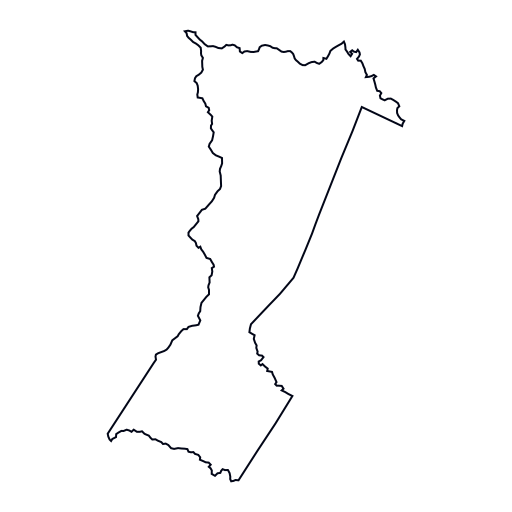 Pequizeiro, Tocantins, Brazil (Mercator projection)
{"feature_id": "56859067B87843438844420", "entity_name": "Pequizeiro", "entity_type": "district", "adm_level": 2, "iso_a3": "BRA", "parent_name": "Brazil", "parent_adm1": "Tocantins", "projection": "mercator", "projection_center": [-48.925, -8.4], "detail": "fine", "context": "isolated", "style": "outline", "palette": "ink", "viewbox_px": 512, "rotation_deg": 0, "n_neighbors": 0, "source": "geoboundaries", "source_scale": "gbopen_adm2", "svg_char_len": 4387}
<svg xmlns="http://www.w3.org/2000/svg" viewBox="0 0 512 512"><path d="M343.9,41.6L341.6,43.7L338.6,45.3L335.8,46.9L333.2,48.5L330.4,50.9L329.4,53.6L328.0,56.2L326.4,58.8L323.4,58.0L323.3,60.2L321.6,62.1L319.2,63.8L316.9,63.0L314.6,61.7L311.5,62.1L308.7,63.2L305.2,65.2L302.6,65.1L299.9,63.7L297.6,61.5L296.0,60.2L294.7,58.5L294.0,56.2L293.2,54.0L291.9,52.5L290.2,51.1L287.9,51.1L285.9,51.7L283.8,52.0L281.5,51.6L279.1,49.9L276.8,48.3L274.7,48.2L272.5,47.7L270.3,46.2L267.9,45.5L265.1,45.0L261.8,45.7L259.7,47.2L259.0,49.2L258.1,51.2L255.7,51.6L253.6,52.0L250.7,51.9L247.2,51.1L244.4,51.5L242.3,53.1L239.9,51.5L239.6,48.1L237.0,47.3L234.7,45.3L232.5,44.7L230.5,45.3L228.5,45.4L226.3,44.9L224.6,46.5L221.8,48.4L218.3,48.0L215.5,46.8L213.0,46.1L210.8,46.3L207.8,46.4L204.6,44.1L202.1,41.4L199.8,39.6L197.4,37.0L195.5,34.9L195.5,32.3L193.1,32.2L190.4,31.3L188.1,30.7L184.9,31.3L186.6,33.2L187.1,35.9L188.6,37.8L190.7,39.6L193.1,42.0L196.0,43.6L198.3,45.3L200.7,47.7L201.1,51.1L201.0,53.2L201.3,55.3L202.9,57.9L202.1,60.8L202.2,63.7L202.3,66.8L202.9,69.7L201.3,72.6L198.8,74.7L196.3,76.2L195.0,78.2L194.4,81.1L196.7,83.1L197.7,85.7L198.1,89.2L197.9,92.3L197.3,94.5L197.7,97.5L199.7,97.8L202.4,98.3L203.6,100.9L205.3,103.6L206.0,106.3L208.7,107.8L209.2,110.2L207.9,112.2L211.0,115.1L212.3,116.6L211.7,120.7L212.1,123.9L211.0,125.6L210.9,128.4L212.2,130.3L213.7,132.3L213.0,136.4L212.1,140.3L209.6,143.8L208.8,146.6L211.1,150.1L212.8,153.0L215.8,155.3L219.2,156.7L222.0,158.0L222.1,163.4L221.2,166.1L220.0,168.8L219.7,171.5L220.7,175.5L221.1,186.1L220.0,189.0L217.6,191.2L215.0,194.8L214.1,197.8L211.8,201.4L209.6,203.8L205.3,208.7L201.9,209.8L200.3,211.9L197.1,216.0L198.3,219.2L198.4,221.3L193.7,227.1L191.6,228.7L189.8,230.8L188.5,232.6L188.5,235.5L190.4,237.6L192.3,239.6L194.8,241.1L195.9,243.0L196.5,245.7L198.5,247.8L200.3,246.7L201.3,249.4L203.1,251.7L204.8,254.6L206.5,257.9L210.2,259.0L211.8,261.9L213.6,264.7L214.0,266.7L211.8,268.1L212.3,271.5L211.6,275.3L209.4,277.3L209.5,279.9L209.6,282.5L208.5,285.3L208.2,287.3L209.0,289.9L209.0,294.3L206.4,296.8L201.5,302.8L200.5,307.0L200.2,311.2L198.8,313.3L197.9,315.8L200.3,320.4L198.5,324.7L196.0,325.3L192.1,325.8L188.5,326.9L186.9,329.1L183.5,329.1L181.3,331.1L178.7,334.3L177.7,336.2L172.3,340.3L170.4,344.7L168.3,347.7L166.6,349.6L164.2,351.0L158.2,353.2L155.9,354.6L155.5,356.6L156.0,359.7L153.7,363.0L107.7,433.7L108.3,436.6L109.6,439.5L111.1,441.0L112.3,439.0L116.0,437.1L116.2,434.1L118.4,432.6L121.4,430.9L123.5,431.0L126.7,429.7L129.3,430.5L131.5,431.8L133.7,429.7L136.9,431.8L139.9,431.8L142.0,431.3L144.5,433.8L146.5,434.7L148.8,435.6L150.5,437.8L152.3,439.5L155.5,439.3L157.7,440.6L161.3,442.1L163.0,444.0L165.7,443.6L168.3,445.0L171.1,448.2L174.1,448.9L178.1,448.1L181.4,448.5L184.7,448.7L187.4,449.1L188.5,451.7L191.0,452.3L193.4,452.1L195.0,453.9L198.3,454.9L200.2,457.3L199.9,459.7L203.4,461.2L205.7,462.3L208.7,462.6L210.7,464.7L208.8,466.8L210.6,468.3L211.8,470.5L211.7,473.9L215.0,475.8L217.5,473.3L220.3,472.9L221.2,470.8L222.6,469.2L225.0,470.1L227.9,470.0L229.6,473.1L230.3,476.7L230.2,479.1L231.2,481.3L233.5,480.9L235.5,480.0L238.5,480.3L257.5,450.7L275.4,423.6L292.4,396.0L288.2,393.9L285.3,392.1L281.7,390.4L283.5,388.7L281.7,385.9L278.8,385.7L276.7,385.7L275.2,384.1L276.5,382.1L274.7,378.0L272.8,374.5L272.0,371.9L269.4,371.4L267.2,371.0L267.7,368.6L265.1,366.6L262.5,364.1L260.8,365.4L258.8,363.7L258.7,361.5L261.0,360.3L263.5,357.1L262.0,355.6L259.1,355.3L257.2,353.6L257.6,351.6L256.3,347.9L256.6,345.4L255.1,342.8L253.8,338.9L254.6,335.2L252.2,333.9L249.4,332.2L249.9,328.4L251.0,324.2L269.0,305.2L279.9,293.9L293.5,277.8L297.6,268.5L302.6,256.5L305.4,249.9L312.0,233.7L315.4,224.3L319.1,214.5L341.3,158.1L352.5,131.1L361.8,107.0L402.1,126.1L402.7,123.6L404.3,120.9L401.1,119.3L399.3,117.1L398.1,115.4L397.1,113.0L397.0,110.2L397.4,108.1L399.3,106.3L398.0,103.2L396.0,101.7L393.2,99.9L390.8,98.6L387.8,98.7L384.7,100.3L382.6,99.4L380.5,98.3L379.9,95.6L381.3,93.1L379.7,91.2L377.2,90.8L375.9,87.5L375.3,84.7L374.5,81.8L373.5,78.4L376.0,76.4L373.8,74.9L371.5,76.1L369.0,76.8L365.9,77.1L366.9,74.9L365.4,72.2L364.7,68.9L363.5,66.3L362.4,63.3L360.8,60.7L358.2,60.7L357.0,58.9L359.0,56.5L359.9,54.4L359.5,52.4L357.8,49.8L356.2,52.1L353.8,51.6L352.2,50.3L350.2,51.9L352.1,53.8L350.6,56.2L348.5,54.0L346.9,51.4L345.5,49.5L345.4,47.4L345.0,44.3L343.9,41.6Z" fill="none" stroke="#020617" stroke-width="2"/></svg>